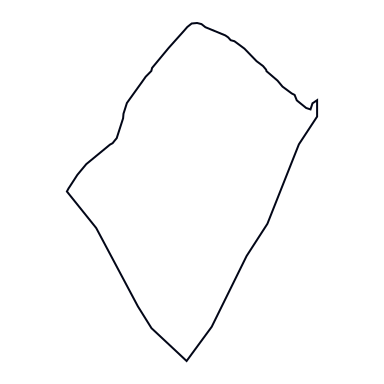 Dorra, Tadjourah, Djibouti
{"feature_id": "41766387B22586556456338", "entity_name": "Dorra", "entity_type": "district", "adm_level": 2, "iso_a3": "DJI", "parent_name": "Djibouti", "parent_adm1": "Tadjourah", "projection": "orthographic", "projection_center": [42.487, 12.202], "detail": "fine", "context": "isolated", "style": "outline", "palette": "ink", "viewbox_px": 384, "rotation_deg": 0, "n_neighbors": 0, "source": "geoboundaries", "source_scale": "gbopen_adm2", "svg_char_len": 731}
<svg xmlns="http://www.w3.org/2000/svg" viewBox="0 0 384 384"><path d="M317.1,100.2L312.5,103.3L310.5,109.4L306.2,108.0L296.8,100.4L294.6,94.9L291.8,93.5L287.9,90.6L282.5,86.6L277.5,80.6L266.5,71.2L266.1,69.7L263.1,66.1L256.6,61.2L244.4,48.6L240.5,45.7L234.4,41.2L230.7,40.2L228.1,37.3L225.3,35.4L205.4,27.2L201.5,24.1L197.1,23.0L191.7,23.5L187.3,27.0L184.0,30.8L168.6,48.0L152.1,67.9L151.3,71.0L145.7,76.7L142.4,81.4L126.9,103.0L123.5,113.7L123.1,118.3L116.7,138.2L115.0,140.2L112.6,143.2L110.0,144.6L86.3,164.1L77.4,174.8L69.5,187.0L68.6,188.3L66.9,191.5L96.2,228.0L137.9,306.4L151.5,328.2L186.6,361.0L211.7,326.8L246.6,256.0L267.4,223.8L298.9,144.3L317.1,116.6L317.1,100.2Z" fill="none" stroke="#020617" stroke-width="2"/></svg>